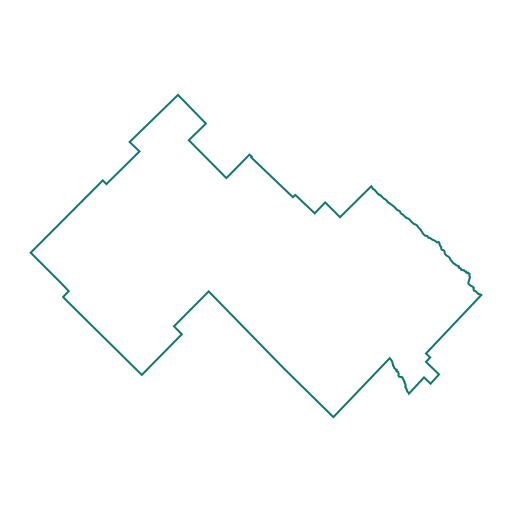 outline of Adolfo Gonzáles Chaves, Buenos Aires, Argentina
{"feature_id": "61730980B59817068959156", "entity_name": "Adolfo Gonzáles Chaves", "entity_type": "district", "adm_level": 2, "iso_a3": "ARG", "parent_name": "Argentina", "parent_adm1": "Buenos Aires", "projection": "mercator", "projection_center": [-59.838, -37.941], "detail": "fine", "context": "isolated", "style": "outline", "palette": "teal", "viewbox_px": 512, "rotation_deg": 0, "n_neighbors": 0, "source": "geoboundaries", "source_scale": "gbopen_adm2", "svg_char_len": 5987}
<svg xmlns="http://www.w3.org/2000/svg" viewBox="0 0 512 512"><path d="M409.0,393.6L424.0,377.4L430.6,383.7L439.0,374.4L426.0,361.9L430.2,357.4L426.0,353.5L481.3,295.0L481.0,294.8L480.8,294.7L480.5,294.5L480.1,294.4L479.7,294.2L479.2,294.2L478.8,294.1L478.5,294.1L478.0,293.6L477.8,293.3L477.5,292.9L477.2,292.8L476.9,292.6L476.7,292.4L476.4,292.1L476.1,291.6L475.7,291.3L475.4,291.0L475.1,290.8L474.7,290.8L474.2,290.8L474.0,290.7L473.9,290.5L473.9,290.2L473.8,289.9L473.6,289.6L473.5,289.2L473.4,288.9L473.5,288.5L473.8,288.2L473.8,287.9L473.6,287.6L473.3,287.3L472.9,286.9L472.6,286.7L472.2,286.5L471.9,286.2L471.4,286.1L471.2,286.0L470.9,285.9L470.7,285.7L470.4,285.6L470.2,285.4L470.0,285.1L469.7,284.9L469.4,284.6L469.2,284.3L468.9,284.1L468.7,284.0L468.4,283.8L468.4,283.6L468.4,283.1L468.4,282.7L468.5,282.0L468.6,281.5L468.9,280.9L469.1,280.4L469.2,279.6L469.4,278.9L469.7,278.5L469.9,277.9L469.9,277.2L469.8,276.6L469.5,276.2L469.3,275.6L469.3,275.0L469.6,274.4L469.6,273.9L469.2,273.6L468.6,273.5L468.4,273.0L468.1,272.6L467.4,272.6L467.2,272.9L466.7,272.8L466.2,272.6L466.0,272.1L466.0,271.6L465.4,271.5L464.7,271.2L464.4,270.9L464.2,270.5L463.9,270.1L463.4,270.2L463.0,270.3L462.4,270.2L462.0,270.0L461.4,269.9L461.0,269.7L461.0,269.4L461.1,269.0L460.9,268.6L460.4,268.4L459.8,268.2L459.2,268.0L458.8,267.6L458.6,267.3L458.8,266.9L458.9,266.4L458.5,266.1L457.7,265.8L456.8,265.5L456.1,265.1L455.5,264.7L455.1,264.2L454.4,263.8L453.9,263.5L453.5,263.0L453.0,262.8L452.6,262.4L452.2,261.9L451.9,261.4L451.5,260.9L451.2,260.6L450.8,260.1L450.5,259.6L450.2,259.4L450.1,258.9L449.9,258.3L449.6,257.9L449.2,257.5L448.9,257.1L448.4,256.7L447.9,256.3L447.3,256.0L446.6,255.6L446.2,255.2L445.7,254.8L445.3,254.4L445.0,253.9L444.7,253.2L444.7,252.4L444.6,251.7L444.4,251.1L444.0,250.6L443.5,250.2L442.9,250.1L442.2,250.0L441.6,249.7L441.5,249.3L441.4,248.7L441.2,248.1L441.1,247.6L441.2,246.8L440.7,246.3L440.1,245.9L440.0,245.5L439.8,245.0L439.5,244.5L439.6,243.9L439.3,243.5L439.3,243.0L439.2,242.5L438.8,242.3L438.6,242.0L438.3,242.0L437.9,242.3L437.5,242.4L436.8,242.2L436.4,241.8L435.9,241.4L435.4,241.2L435.1,240.9L434.6,240.6L433.9,240.3L433.3,240.1L433.1,239.9L432.6,239.8L431.9,239.4L431.6,239.2L431.2,238.8L430.7,238.5L430.2,238.1L429.5,237.8L429.1,237.8L428.4,237.7L428.1,237.3L428.0,237.1L427.6,236.6L427.4,236.1L427.0,235.9L426.6,235.9L426.3,235.9L425.7,235.9L425.1,235.6L424.6,235.2L424.0,234.6L423.5,234.2L423.0,233.6L422.6,233.2L422.4,232.3L421.9,231.8L421.4,231.2L421.0,230.5L421.0,230.1L420.5,229.6L419.7,229.0L419.5,228.6L419.0,228.0L418.5,227.6L418.3,227.3L418.0,226.9L417.6,226.3L417.2,225.8L416.9,225.4L416.5,225.2L416.0,224.7L415.4,224.4L414.9,224.3L414.3,224.1L413.7,223.8L413.3,223.2L412.4,222.7L412.0,222.3L411.5,221.7L411.0,221.4L410.8,221.0L410.3,220.5L409.8,220.0L409.3,219.4L408.7,218.8L408.0,218.5L407.2,218.2L406.3,217.9L406.1,217.5L405.4,217.1L405.0,216.6L404.6,216.1L403.8,215.6L403.4,215.1L402.9,214.7L402.5,214.4L401.9,214.1L401.1,213.6L400.6,213.0L400.4,212.6L400.3,212.2L399.8,211.5L399.6,211.0L399.1,210.8L398.5,210.5L398.0,210.3L397.9,210.2L397.6,210.1L397.4,210.1L397.1,209.9L396.9,209.6L396.7,209.4L396.4,209.1L396.2,208.9L395.9,208.7L395.6,208.5L395.5,208.3L395.4,208.1L395.3,207.8L394.9,207.5L394.4,207.0L394.1,206.7L393.8,206.5L393.4,206.2L392.9,205.9L392.5,205.5L392.2,205.2L391.9,205.0L391.7,204.8L391.3,204.5L390.9,204.3L390.5,204.1L390.2,204.0L389.8,203.6L389.7,203.4L389.5,203.2L389.2,203.2L388.8,203.0L388.3,202.7L388.0,202.4L387.8,202.0L387.5,201.8L387.4,201.8L387.3,201.5L387.2,201.1L387.0,200.9L386.6,200.7L386.4,200.5L386.2,200.2L385.8,199.9L385.5,199.6L385.4,199.4L385.2,199.3L384.8,199.1L384.3,198.9L383.8,198.6L383.6,198.3L383.2,198.0L382.8,197.6L382.4,197.1L382.0,196.8L381.7,196.5L381.5,196.1L381.0,195.9L380.7,195.6L380.6,195.2L380.3,195.1L380.0,195.1L379.5,195.1L379.0,194.6L378.7,194.3L378.4,194.2L378.1,193.7L377.5,193.4L377.1,193.0L376.9,192.6L376.6,192.2L376.2,191.7L375.8,191.3L375.4,191.0L375.2,190.6L374.9,190.3L374.8,190.0L374.4,189.7L374.0,189.5L373.6,189.3L373.2,189.0L372.9,188.9L372.6,188.5L372.4,188.1L372.2,187.6L372.0,187.2L371.7,186.9L371.4,186.8L371.2,186.6L371.1,186.4L340.0,217.2L325.2,202.4L314.7,213.3L295.3,194.9L292.9,197.2L251.2,157.4L251.8,156.7L249.5,154.6L226.4,178.1L188.8,140.2L205.9,123.6L178.0,94.9L129.6,142.0L139.5,151.4L106.4,184.1L102.8,180.4L30.7,252.7L61.4,283.4L66.6,288.9L68.7,291.2L63.1,297.0L66.6,300.6L91.4,325.2L141.8,374.9L181.8,334.3L174.0,326.3L208.7,291.4L283.9,368.5L333.4,417.1L389.7,358.2L389.9,358.6L390.2,359.0L390.5,359.3L390.9,359.6L391.2,360.1L391.5,360.5L391.8,360.9L392.0,361.4L392.2,361.9L392.3,362.1L392.4,362.6L392.4,362.9L392.5,363.1L392.7,363.5L392.8,363.8L392.8,364.1L393.0,364.5L392.9,364.9L392.9,365.2L393.2,365.7L393.3,366.1L393.7,366.4L393.9,366.8L394.0,367.2L394.2,367.9L394.6,368.4L395.0,368.6L395.4,368.8L395.6,369.2L395.7,369.6L396.0,369.8L396.3,369.8L396.6,369.9L396.4,370.2L396.5,370.5L396.4,370.7L396.5,371.1L396.6,371.4L396.9,371.4L397.2,371.3L397.4,371.4L397.6,371.6L397.9,371.8L398.1,372.1L398.3,372.2L398.3,372.6L398.4,373.0L398.5,373.5L398.7,373.9L398.7,374.3L398.5,374.7L398.4,375.1L398.4,375.5L398.6,375.8L398.7,376.2L399.0,376.6L399.3,376.7L399.7,376.8L400.1,376.9L400.5,376.9L400.9,376.9L401.2,377.0L401.6,377.0L402.0,377.1L402.2,377.4L402.5,377.7L402.6,378.2L402.7,378.5L403.1,378.9L403.2,379.4L403.3,379.6L403.6,379.9L403.8,380.3L404.0,380.6L404.1,381.0L404.1,381.3L404.2,381.5L404.3,381.7L404.5,381.8L404.5,382.1L404.6,382.3L404.7,382.5L404.7,382.9L404.7,383.1L404.9,383.3L404.9,383.5L405.0,383.7L405.2,383.8L405.4,384.1L405.4,384.4L405.5,384.8L405.5,385.2L405.6,385.7L405.7,386.0L405.5,386.3L405.3,386.5L405.3,386.9L405.3,387.2L405.6,387.5L405.9,387.8L406.0,388.1L406.3,388.5L406.3,388.8L406.4,389.1L406.5,389.4L406.9,389.8L407.0,390.1L407.0,390.4L407.0,390.7L407.1,391.1L407.4,391.4L407.5,391.6L407.8,392.0L408.1,392.3L408.4,392.5L408.6,392.8L408.9,393.3L409.0,393.6L409.0,393.6Z" fill="none" stroke="#0f766e" stroke-width="2"/></svg>